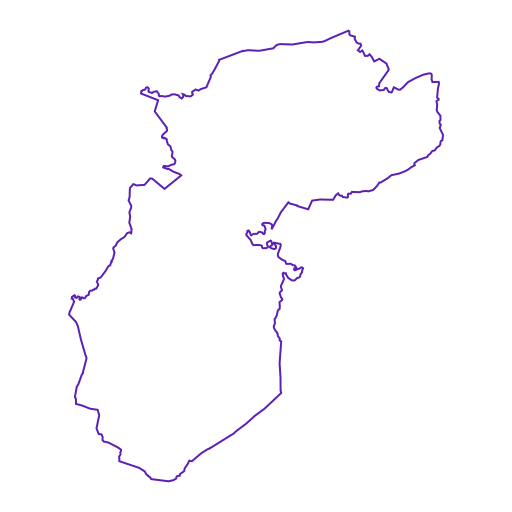 Grāveru pag., Aglonas, Latvia (Albers equal-area conic projection)
{"feature_id": "27541924B82032985792031", "entity_name": "Grāveru pag.", "entity_type": "district", "adm_level": 2, "iso_a3": "LVA", "parent_name": "Latvia", "parent_adm1": "Aglonas", "projection": "albers", "projection_center": [27.156, 56.054], "detail": "fine", "context": "isolated", "style": "outline", "palette": "violet", "viewbox_px": 512, "rotation_deg": 0, "n_neighbors": 0, "source": "geoboundaries", "source_scale": "gbopen_adm2", "svg_char_len": 5949}
<svg xmlns="http://www.w3.org/2000/svg" viewBox="0 0 512 512"><path d="M360.5,43.7L358.8,43.6L357.1,42.9L356.4,42.1L354.9,39.4L354.7,38.7L354.9,36.7L349.9,35.2L349.4,34.3L349.3,31.3L348.4,30.7L331.3,37.9L324.0,41.4L321.5,41.9L313.8,42.4L307.6,42.0L292.4,44.5L280.1,44.1L276.6,45.0L273.3,48.3L259.2,50.8L247.9,50.2L242.8,51.2L242.7,50.9L219.0,59.9L219.1,61.0L214.6,69.5L212.1,73.7L210.5,75.3L210.8,77.0L206.4,87.3L200.5,89.2L198.6,90.6L195.6,89.5L192.2,91.8L192.2,93.3L192.7,93.9L192.8,94.8L190.6,96.4L185.9,96.0L184.1,94.5L182.9,94.2L183.3,94.8L183.1,97.0L181.6,98.5L179.5,97.0L178.5,95.4L174.5,94.3L171.5,94.5L170.0,95.6L165.2,96.6L161.2,96.0L159.6,96.3L158.8,95.7L158.9,94.4L158.6,93.6L156.7,91.2L153.5,91.9L152.1,93.0L148.8,91.9L148.4,91.1L148.8,88.7L148.1,87.7L147.3,87.2L146.0,87.7L145.3,89.3L144.7,89.8L142.9,90.0L142.1,90.9L141.3,91.1L141.0,93.5L158.1,100.2L154.7,111.4L166.7,127.5L166.4,128.0L167.1,129.4L166.9,130.9L162.5,135.0L161.9,136.6L162.1,137.5L163.4,138.3L164.4,138.4L164.2,137.8L164.7,137.8L166.8,139.3L166.7,140.7L167.9,144.3L170.4,146.4L171.4,150.2L172.4,151.3L172.4,153.4L171.8,155.8L172.0,156.9L174.8,159.3L175.4,160.7L175.1,162.7L174.2,164.3L171.9,164.6L168.1,166.3L163.8,166.0L163.3,166.7L163.2,167.4L167.2,168.9L168.9,169.0L173.6,171.8L179.5,174.0L181.2,175.4L164.5,188.9L152.3,178.7L150.2,178.4L144.5,184.9L136.6,185.4L133.3,184.1L129.9,188.2L129.6,197.0L128.6,200.5L131.3,205.8L131.1,207.9L129.4,212.3L130.2,216.8L129.3,222.6L131.7,229.5L131.3,230.6L131.4,231.8L131.1,233.3L129.4,232.3L127.2,233.1L124.4,237.0L120.5,239.5L117.3,242.3L115.7,245.7L113.6,247.3L113.2,248.5L114.5,252.5L113.2,258.0L112.5,259.6L111.5,260.8L111.3,261.4L111.8,261.8L110.9,262.9L110.1,265.5L109.0,265.7L108.1,266.6L105.6,270.9L102.0,275.8L100.4,277.6L97.9,278.5L97.9,279.7L96.9,281.6L98.3,284.9L96.3,288.6L94.8,288.7L94.2,289.6L93.2,289.7L92.1,290.6L90.1,290.8L89.0,292.2L88.9,293.9L88.6,294.9L86.4,295.8L84.8,298.2L83.9,298.3L82.0,297.3L81.5,297.7L80.7,299.5L79.7,299.7L79.4,299.4L79.8,297.4L79.5,296.8L77.9,296.5L76.8,297.8L75.6,297.8L75.2,297.5L75.2,295.9L74.5,295.2L71.9,297.0L72.2,298.2L72.0,298.5L72.6,298.5L74.1,301.7L70.4,310.5L69.5,312.1L69.4,313.4L69.0,314.5L76.0,322.0L77.8,326.0L80.9,339.4L85.5,355.2L86.1,356.4L86.5,358.5L82.8,372.8L83.0,373.0L81.8,374.6L78.3,384.4L76.8,386.7L74.9,397.0L75.9,398.8L76.0,403.9L82.3,405.6L90.1,408.7L97.6,409.8L99.2,415.2L96.5,428.4L98.7,434.0L101.5,434.4L102.7,437.2L102.5,440.0L103.7,441.5L108.3,442.5L117.8,447.4L121.0,449.6L120.9,451.2L120.3,452.5L120.5,454.4L119.1,456.7L119.4,459.6L119.3,461.2L139.2,467.9L144.7,471.4L146.5,474.6L147.7,475.2L148.3,476.2L150.0,477.2L151.2,479.1L168.7,481.3L173.5,480.1L176.1,478.6L176.5,476.8L177.5,475.9L179.6,475.9L180.2,473.9L184.1,471.2L184.7,468.4L187.8,463.8L189.3,460.7L191.9,461.2L201.2,453.3L207.7,449.2L209.3,448.7L209.9,448.0L210.2,448.1L233.7,433.5L236.6,430.8L246.0,423.8L254.6,416.0L264.4,408.8L281.2,393.0L280.6,390.5L280.5,377.6L279.6,363.2L281.2,341.4L279.7,340.4L279.8,338.7L277.9,336.0L277.4,333.1L274.8,329.6L273.9,327.7L273.8,326.1L274.9,323.7L274.6,318.9L275.3,318.3L276.7,315.6L277.9,310.3L279.5,309.1L279.7,308.3L279.8,306.1L279.5,302.6L279.7,301.9L281.9,300.3L282.4,299.2L281.0,297.5L279.6,293.1L280.4,291.7L281.9,290.5L281.8,289.4L280.9,287.1L281.0,285.8L283.8,279.5L283.9,278.2L283.1,276.7L282.7,274.0L282.8,273.3L283.4,272.8L284.5,273.5L285.8,273.2L286.2,274.7L288.3,278.0L291.9,280.4L294.1,280.5L295.1,280.1L297.2,277.9L298.8,277.7L299.8,277.0L300.2,276.1L300.3,274.7L302.1,272.1L302.2,270.3L303.1,268.4L302.5,267.6L301.0,267.4L299.5,268.6L297.1,269.2L295.6,270.2L294.6,270.2L294.1,269.5L294.3,268.3L294.8,267.9L295.9,268.2L296.3,267.5L294.6,265.3L292.7,265.2L291.4,264.1L290.4,263.8L286.4,263.9L285.8,262.9L285.6,261.5L285.3,261.1L282.1,259.7L278.3,256.9L277.8,254.8L278.0,253.4L280.1,248.0L280.7,245.5L280.8,244.6L280.2,243.9L273.9,242.7L273.8,243.4L275.8,245.7L276.1,246.8L275.9,248.2L274.2,249.1L271.3,248.2L269.4,246.9L271.9,245.1L272.3,244.4L271.2,241.1L270.5,240.6L267.2,242.5L266.9,243.3L267.0,244.2L267.9,246.5L267.5,247.3L266.5,248.1L262.8,248.2L262.2,247.6L261.8,245.7L261.0,245.3L256.7,244.9L254.1,245.2L253.0,244.8L252.2,243.7L250.8,240.2L246.3,235.0L246.4,233.8L247.3,232.5L247.4,230.9L248.3,230.4L249.0,230.8L250.0,232.7L250.7,234.9L251.2,235.3L253.5,233.9L256.8,233.9L257.9,233.1L258.7,232.0L259.3,231.8L262.2,232.5L263.4,234.0L264.0,234.1L264.8,233.1L264.8,231.2L265.5,229.6L265.5,228.7L264.3,225.6L262.6,225.3L262.2,224.5L262.5,223.7L263.3,223.1L265.4,222.8L269.7,223.2L271.9,224.5L272.2,225.8L271.5,229.3L273.9,225.2L276.1,220.7L277.7,218.5L280.8,212.4L288.4,202.3L289.7,203.5L297.3,205.5L297.4,206.1L308.2,209.3L312.1,200.6L320.0,199.5L333.1,199.8L335.7,195.4L338.1,193.4L338.8,194.6L340.0,195.6L342.0,195.7L342.7,197.0L347.1,197.6L348.0,196.9L347.8,194.6L348.0,194.1L348.6,193.6L350.8,193.7L351.9,191.9L359.5,192.2L362.8,191.2L366.8,191.0L368.3,191.4L373.3,189.9L377.2,185.7L379.3,182.5L380.7,182.5L388.0,178.0L391.3,175.2L398.6,173.7L405.0,171.3L408.2,169.5L411.2,167.2L414.8,165.3L414.2,164.1L414.4,163.2L418.3,160.0L427.4,156.9L428.1,155.3L430.3,153.7L431.8,151.5L432.6,150.9L434.8,150.4L436.8,147.5L439.5,145.8L440.3,144.4L440.5,141.9L441.1,140.8L442.4,140.3L443.0,134.9L439.7,128.0L440.8,124.8L439.7,123.7L439.4,121.2L440.5,119.9L440.4,115.8L437.3,111.8L436.6,109.7L436.9,108.6L437.2,104.3L436.7,102.7L436.5,101.1L438.6,99.8L438.7,99.1L437.1,97.6L438.0,88.1L439.0,83.8L438.7,81.9L432.4,82.0L431.6,79.4L431.8,75.3L431.4,73.9L430.7,73.5L428.7,73.4L423.3,74.7L415.6,78.0L407.9,82.2L403.1,87.3L400.1,89.7L398.3,89.6L393.9,87.3L391.8,92.1L391.3,92.4L388.9,91.9L387.7,90.3L386.9,88.3L386.2,87.9L385.0,88.2L383.8,90.0L379.7,90.4L376.9,88.8L376.4,87.9L376.5,87.2L376.8,86.8L379.1,86.2L379.2,83.4L388.7,69.9L388.8,69.6L386.4,63.5L379.4,58.8L374.2,61.4L371.6,56.6L369.5,54.3L367.7,55.9L365.0,55.9L363.6,52.7L362.3,50.5L360.1,52.0L357.9,50.3L361.1,45.7L360.5,43.7Z" fill="none" stroke="#5b21b6" stroke-width="2"/></svg>